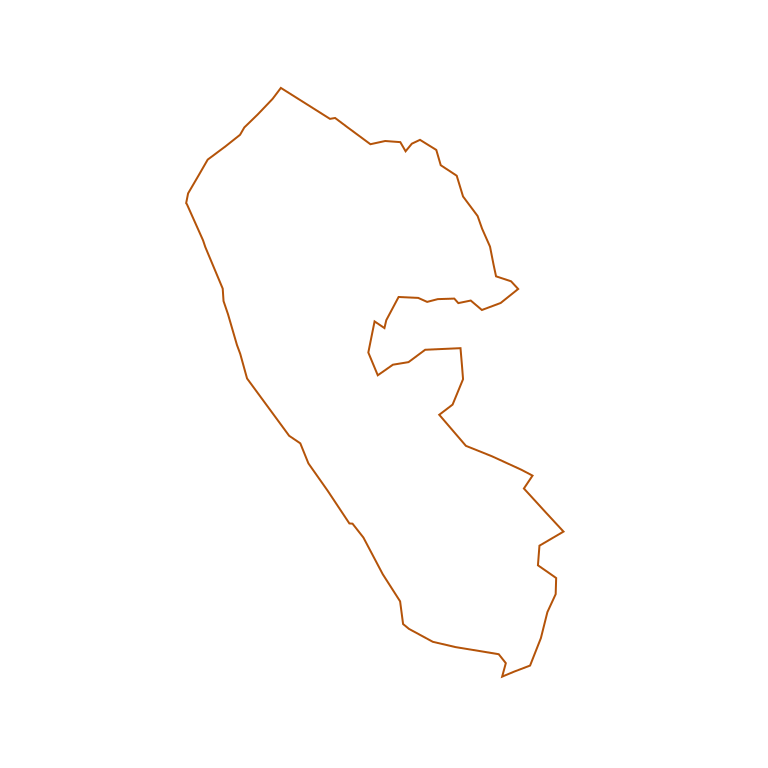 Petrofani, Larnaca, Cyprus, rotated 347°
{"feature_id": "46923920B51924091831082", "entity_name": "Petrofani", "entity_type": "district", "adm_level": 2, "iso_a3": "CYP", "parent_name": "Cyprus", "parent_adm1": "Larnaca", "projection": "natural_earth1", "projection_center": [33.515, 35.031], "detail": "fine", "context": "isolated", "style": "outline", "palette": "amber", "viewbox_px": 768, "rotation_deg": 347, "n_neighbors": 0, "source": "geoboundaries", "source_scale": "gbopen_adm2", "svg_char_len": 1303}
<svg xmlns="http://www.w3.org/2000/svg" viewBox="0 0 768 768"><g transform="rotate(347 384 384)"><path d="M503.2,606.3L493.2,595.3L499.1,576.5L525.7,568.2L512.6,545.3L496.8,517.3L508.1,506.7L498.6,498.5L472.9,478.7L449.9,462.7L430.9,426.4L446.2,419.5L462.1,397.1L463.9,385.1L466.6,366.3L431.8,359.9L412.8,368.2L397.0,367.2L379.9,374.1L375.8,349.8L388.9,320.9L397.0,329.6L400.6,322.3L417.8,302.5L436.7,307.8L444.5,313.7L455.5,313.4L471.7,316.6L474.6,321.9L487.3,322.2L496.0,333.9L515.9,331.3L536.1,321.6L530.9,312.5L517.4,304.3L517.6,292.2L518.2,274.0L514.5,254.7L513.0,241.4L503.2,219.1L501.7,197.4L488.5,183.6L487.6,167.7L474.0,154.2L465.2,156.1L457.4,162.1L454.3,152.0L439.8,147.5L424.7,147.3L406.2,125.7L396.2,113.8L391.0,113.5L350.1,72.3L339.6,81.1L321.5,93.0L305.6,102.6L299.8,108.8L283.2,116.7L262.7,125.7L250.8,138.5L236.0,154.2L231.9,163.3L232.4,164.5L240.0,203.3L240.7,210.4L248.3,254.8L246.3,267.1L247.7,281.0L249.5,312.9L250.7,322.3L251.8,347.8L278.2,409.1L279.9,413.1L289.1,423.0L292.5,444.4L305.0,475.1L318.9,512.1L321.9,513.0L329.4,529.0L340.0,569.1L350.8,599.4L348.6,622.2L353.3,628.3L373.6,646.2L394.4,656.4L435.0,673.1L439.9,683.4L433.3,695.7L446.3,693.5L463.0,691.2L479.7,666.9L491.9,643.0L504.0,627.4L508.1,611.8L503.2,606.3Z" fill="none" stroke="#b45309" stroke-width="2"/></g></svg>